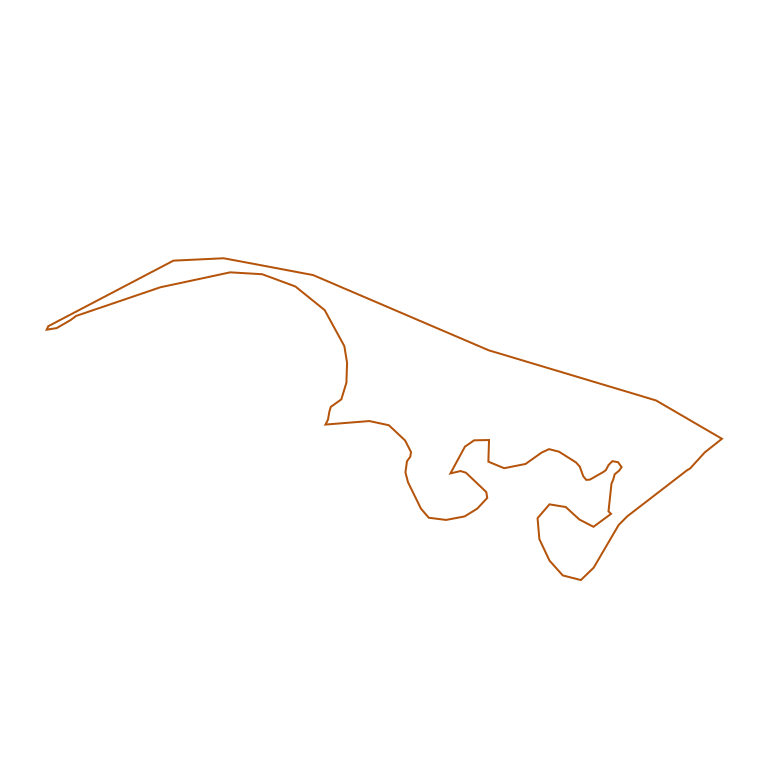 SVG path tracing the border of `Adan, rotated 36°
{"feature_id": "YEM-3510", "entity_name": "`Adan", "entity_type": "Governorate", "adm_level": 1, "iso_a3": "YEM", "parent_name": "Yemen", "parent_adm1": "", "projection": "equal_earth", "projection_center": [44.861, 12.797], "detail": "fine", "context": "isolated", "style": "outline", "palette": "amber", "viewbox_px": 768, "rotation_deg": 36, "n_neighbors": 0, "source": "natural_earth", "source_scale": "10m", "svg_char_len": 1179}
<svg xmlns="http://www.w3.org/2000/svg" viewBox="0 0 768 768"><g transform="rotate(36 384 384)"><path d="M689.6,229.7L683.7,250.8L681.3,272.4L679.8,275.9L658.6,348.0L656.7,360.1L661.6,409.3L658.5,426.9L641.1,433.8L621.7,429.6L600.9,418.2L587.1,402.3L588.6,384.1L603.4,376.7L621.7,378.8L637.4,376.4L644.0,355.6L640.5,355.1L626.7,331.1L625.5,326.2L623.7,321.5L625.1,316.1L625.1,311.6L619.3,309.7L614.1,312.2L613.3,317.6L614.1,323.2L613.2,326.2L606.8,340.3L604.0,342.7L599.4,341.5L591.0,335.8L585.5,334.6L565.3,335.9L555.8,339.7L551.8,346.9L545.5,365.5L530.7,381.5L514.1,385.5L501.9,367.6L490.0,376.6L486.3,387.1L490.3,417.3L497.1,409.4L502.5,407.6L530.3,411.3L534.5,415.5L532.7,430.0L527.1,443.7L514.1,457.5L498.8,465.9L487.1,463.1L461.2,449.4L453.3,442.9L448.0,433.0L448.0,427.4L445.9,423.2L434.3,417.3L412.2,414.5L393.9,422.6L360.5,451.2L359.6,445.7L356.1,438.6L354.4,433.8L358.5,421.5L352.8,405.0L341.7,388.6L329.7,376.7L292.6,359.1L255.0,357.2L220.9,366.8L193.9,384.1L146.2,437.2L94.9,509.9L92.9,516.4L86.3,531.2L79.2,538.3L78.4,534.5L78.9,533.6L141.1,408.0L180.4,376.5L262.5,337.6L448.9,295.2L613.8,237.4L689.6,229.7Z" fill="none" stroke="#b45309" stroke-width="2"/></g></svg>